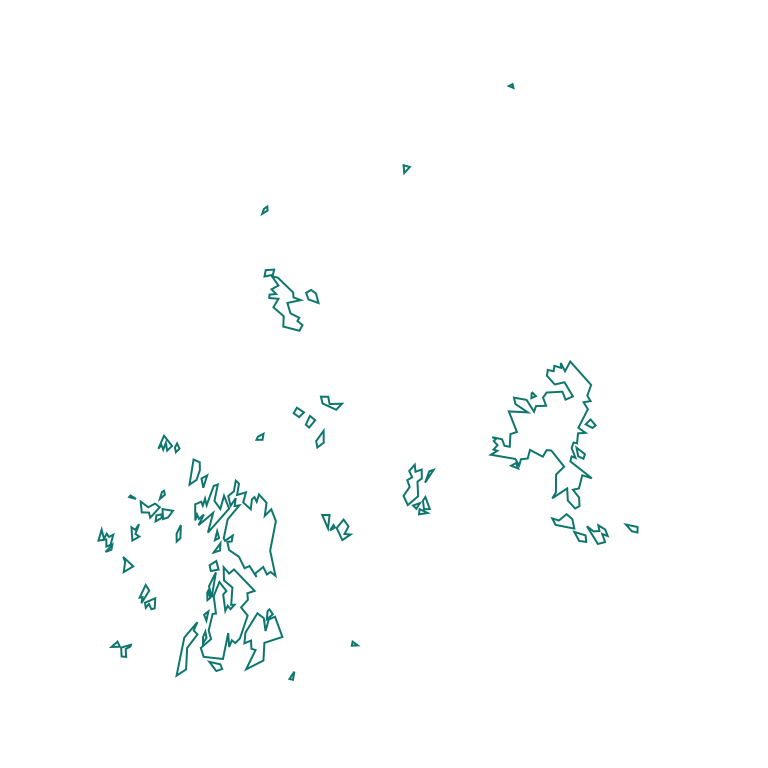 Kepulauan Anambas, Kepulauan Riau, Indonesia (Mercator projection), rotated 186°
{"feature_id": "22746128B99951880476592", "entity_name": "Kepulauan Anambas", "entity_type": "district", "adm_level": 2, "iso_a3": "IDN", "parent_name": "Indonesia", "parent_adm1": "Kepulauan Riau", "projection": "mercator", "projection_center": [106.153, 2.904], "detail": "fine", "context": "isolated", "style": "outline", "palette": "teal", "viewbox_px": 768, "rotation_deg": 186, "n_neighbors": 0, "source": "geoboundaries", "source_scale": "gbopen_adm2", "svg_char_len": 6198}
<svg xmlns="http://www.w3.org/2000/svg" viewBox="0 0 768 768"><g transform="rotate(186 384 384)"><path d="M180.9,280.2L176.8,283.0L178.1,291.4L185.0,298.6L179.2,300.5L177.3,313.9L167.5,312.0L190.6,326.5L189.8,331.6L185.8,330.5L190.7,339.8L189.4,345.6L185.8,345.2L185.9,355.2L178.5,356.5L186.1,360.8L178.6,380.2L183.6,386.7L176.8,388.6L180.6,393.6L177.9,404.7L201.1,425.8L205.3,415.6L210.4,423.4L209.6,418.6L216.4,419.9L216.7,414.4L222.6,415.1L222.8,409.2L214.1,401.4L204.7,404.6L194.8,391.4L201.8,387.4L205.8,395.0L221.4,392.5L224.4,387.1L220.5,379.3L230.5,377.9L231.9,372.2L240.6,383.1L253.3,384.0L251.2,377.8L237.9,370.8L257.0,369.8L246.8,350.2L253.0,347.4L252.4,334.7L257.7,335.1L260.8,341.4L270.9,342.4L266.8,341.2L268.9,338.8L264.7,335.0L268.2,330.3L264.3,329.4L270.3,324.8L245.7,323.2L241.0,317.2L239.9,323.5L233.3,324.9L231.9,333.7L218.5,328.3L215.3,335.2L210.6,335.3L196.2,320.6L203.4,311.9L201.7,294.1L204.7,287.9L190.9,299.3L189.0,287.3L180.9,280.2ZM498.7,188.9L490.6,178.7L492.4,181.9L485.0,189.4L480.5,182.3L477.2,185.2L471.9,181.9L479.8,206.3L477.2,236.4L483.0,247.6L488.8,240.4L488.4,253.6L496.8,261.1L498.3,253.6L501.0,258.0L503.3,255.4L503.4,245.5L511.6,251.4L510.0,261.8L518.5,258.3L517.8,269.7L521.3,272.3L522.1,261.5L527.2,256.3L523.8,246.8L519.5,255.0L519.8,247.0L515.1,248.2L525.3,233.1L527.3,213.7L525.7,211.4L518.6,217.5L519.0,211.5L523.3,210.6L520.7,202.7L510.1,196.9L503.4,186.2L498.7,188.9ZM534.8,93.8L515.4,93.7L512.9,120.0L510.5,106.3L508.5,113.2L504.8,110.8L500.7,115.9L495.4,139.4L502.8,146.8L496.8,155.2L498.0,161.6L491.0,164.7L513.8,183.9L518.2,179.3L524.3,185.0L522.6,171.9L513.5,165.8L512.9,148.4L509.6,148.8L513.1,144.0L516.2,147.1L518.1,141.8L521.9,157.9L519.1,161.6L527.0,169.9L531.2,155.3L527.1,138.1L530.4,137.4L532.6,120.5L529.3,112.3L538.6,102.3L534.8,93.8ZM491.3,85.8L475.0,96.4L475.9,114.1L458.6,121.8L468.1,141.2L474.0,137.7L476.0,125.9L479.1,138.6L485.9,142.7L495.8,122.3L495.7,111.5L489.4,114.9L488.2,106.8L483.9,106.0L491.3,85.8ZM490.2,430.6L473.7,428.1L471.2,434.0L476.7,437.6L475.2,441.0L484.4,444.5L488.6,454.5L475.6,458.7L483.1,460.7L483.9,465.5L500.6,478.6L506.8,479.5L499.3,470.9L505.7,466.4L500.7,462.2L507.2,460.9L507.1,457.5L497.9,457.7L502.0,448.7L490.8,440.9L490.2,430.6ZM540.4,238.0L543.6,217.8L525.0,243.9L531.4,256.1L533.7,242.6L540.4,250.0L538.8,266.7L542.7,264.8L547.7,244.9L550.0,251.3L551.5,244.1L553.5,247.8L559.2,244.6L557.4,228.5L556.3,234.7L553.9,230.5L549.5,235.3L553.7,224.2L540.4,238.0ZM347.7,266.1L338.3,275.9L340.5,290.4L336.5,293.9L337.6,302.8L343.5,300.0L345.0,307.0L349.8,300.1L346.2,294.2L350.8,290.8L347.7,284.3L352.9,274.8L347.7,266.1ZM559.8,72.3L551.0,79.4L552.2,100.9L543.3,115.5L547.5,119.0L544.7,127.6L556.1,110.9L559.8,72.3ZM198.6,261.8L179.6,260.1L182.6,269.3L188.8,273.6L195.8,266.5L202.6,267.9L198.6,261.8ZM154.6,247.3L147.6,249.8L151.3,257.7L145.6,256.2L148.8,262.4L156.1,265.9L154.4,260.3L160.1,259.3L167.3,263.7L154.6,247.3ZM602.5,226.6L594.1,238.0L599.2,241.1L605.5,236.8L613.7,241.6L611.5,231.0L604.3,231.6L602.5,226.6ZM409.1,224.4L401.5,230.8L407.6,230.7L404.4,238.7L410.0,244.9L416.0,235.8L409.1,224.4ZM566.9,263.6L560.4,269.0L558.1,279.3L559.1,286.9L565.5,289.0L566.9,263.6ZM443.0,358.2L428.9,353.4L423.7,360.0L436.0,358.4L438.1,365.5L445.4,364.8L443.0,358.2ZM643.1,193.3L639.1,195.5L637.5,205.8L641.5,203.1L644.1,206.2L646.3,200.7L649.6,209.6L651.6,198.4L643.9,200.4L643.1,193.3ZM596.7,295.6L594.8,302.7L592.7,295.1L588.3,300.2L597.4,309.6L601.6,296.0L599.0,300.2L596.7,295.6ZM457.6,457.7L461.1,466.9L466.4,469.9L471.0,466.5L467.9,460.2L457.6,457.7ZM431.8,247.3L424.6,234.5L424.4,248.0L431.8,247.3ZM520.8,81.0L515.1,83.7L517.5,88.1L528.6,89.4L520.8,81.0ZM536.9,164.6L533.1,153.8L531.5,179.1L536.9,164.6ZM443.6,313.9L437.8,319.4L439.2,331.1L445.5,320.1L443.6,313.9ZM623.2,169.8L614.3,176.4L625.3,184.8L622.8,180.1L623.2,169.8ZM597.5,136.5L594.8,140.7L591.8,135.7L588.6,136.9L589.1,147.0L598.9,141.5L597.5,136.5ZM173.5,248.3L166.4,248.1L167.7,254.5L179.3,256.8L173.5,248.3ZM620.2,215.1L617.9,202.0L611.4,206.7L615.5,208.9L613.0,219.0L616.2,213.0L620.2,215.1ZM602.3,140.7L595.9,154.0L600.0,159.2L604.7,146.0L601.9,146.8L602.3,140.7ZM589.6,226.5L584.8,228.7L580.6,235.8L591.2,236.5L589.6,226.5ZM116.4,262.8L116.9,268.3L128.7,269.5L122.2,263.5L116.4,262.8ZM453.9,332.9L448.6,340.8L454.3,344.5L457.5,335.4L453.9,332.9ZM177.8,330.5L176.8,335.2L185.9,340.8L183.3,332.4L177.8,330.5ZM465.0,342.2L460.6,347.4L468.1,351.3L470.8,345.5L465.0,342.2ZM536.6,179.9L529.1,182.2L532.3,190.4L538.5,185.5L536.6,179.9ZM331.1,263.6L325.4,264.4L331.0,275.9L333.1,272.1L331.1,263.6ZM172.1,362.1L169.2,364.9L174.9,370.3L179.2,365.0L172.1,362.1ZM514.1,478.4L505.9,481.0L505.2,486.3L513.5,484.9L514.1,478.4ZM616.5,85.6L611.9,85.6L613.2,93.4L608.7,96.5L608.4,98.2L617.8,94.4L616.5,85.6ZM476.0,137.6L470.5,143.4L474.4,147.9L476.0,146.1L476.0,137.6ZM329.8,302.0L332.8,290.2L325.7,303.8L329.8,302.0ZM573.7,205.6L570.4,209.4L571.3,222.5L574.6,213.4L573.7,205.6ZM530.0,208.5L535.7,198.7L529.6,201.3L530.0,208.5ZM555.6,270.9L552.9,261.9L550.3,274.6L555.6,270.9ZM596.8,223.5L590.9,227.7L592.0,231.0L596.6,229.6L596.8,223.5ZM534.5,220.2L535.8,211.0L531.9,213.6L534.5,220.2ZM335.6,258.0L327.1,260.3L335.5,263.3L335.6,258.0ZM583.8,294.4L580.6,298.3L583.6,303.2L585.3,298.9L583.8,294.4ZM387.4,603.6L385.9,595.9L381.0,602.5L387.4,603.6ZM538.8,135.7L535.9,130.1L534.9,139.5L538.8,135.7ZM388.7,120.4L382.8,121.3L388.3,124.5L388.7,120.4ZM505.0,315.2L499.0,315.8L498.6,321.9L503.9,318.4L505.0,315.2ZM249.0,316.0L241.7,314.0L244.4,319.2L249.0,316.0ZM535.8,119.0L537.5,113.4L536.9,107.1L534.0,113.1L535.8,119.0ZM627.5,94.0L619.2,95.1L622.1,99.9L627.5,94.0ZM443.1,88.5L447.2,80.8L443.6,80.3L443.1,88.5ZM537.0,150.6L534.4,153.1L537.3,159.8L538.0,157.9L537.0,150.6ZM342.4,266.2L338.8,263.3L335.8,269.4L342.4,266.2ZM594.9,246.2L590.3,251.0L591.7,254.8L593.5,253.3L594.9,246.2ZM643.4,187.9L637.8,190.7L637.4,195.6L643.4,187.9ZM291.0,693.4L286.2,692.0L287.5,695.7L291.0,693.4ZM522.9,540.5L517.9,544.3L518.6,548.3L521.7,545.6L522.9,540.5ZM235.9,385.3L231.7,387.8L235.5,390.9L236.2,390.1L235.9,385.3ZM625.6,244.9L618.6,243.8L624.4,246.7L625.6,244.9ZM419.4,238.5L422.4,232.8L417.8,236.1L419.4,238.5Z" fill="none" stroke="#0f766e" stroke-width="2"/></g></svg>